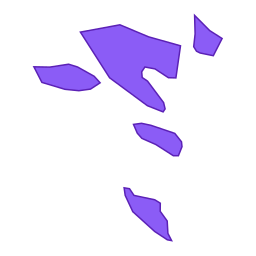 map outline of Faroe Islands (Natural Earth projection)
{"feature_id": "FRO", "entity_name": "Faroe Islands", "entity_type": "country or territory", "adm_level": 0, "iso_a3": "FRO", "parent_name": "Europe", "parent_adm1": "", "projection": "natural_earth1", "projection_center": [-6.816, 61.885], "detail": "fine", "context": "isolated", "style": "filled", "palette": "violet", "viewbox_px": 256, "rotation_deg": 0, "n_neighbors": 0, "source": "natural_earth", "source_scale": "50m", "svg_char_len": 848}
<svg xmlns="http://www.w3.org/2000/svg" viewBox="0 0 256 256"><path d="M180.5,45.8L175.9,77.9L168.4,77.7L155.0,68.9L144.9,67.0L141.7,71.8L142.2,77.5L147.5,81.1L163.6,102.6L165.1,108.9L163.1,111.9L147.4,105.7L109.6,77.8L80.4,32.1L119.9,24.8L148.5,36.8L180.5,45.8ZM77.6,67.0L94.2,76.3L100.1,82.8L90.5,89.1L78.9,90.7L64.9,89.3L41.9,82.4L33.9,66.8L49.8,67.1L68.6,64.2L77.6,67.0ZM167.9,233.4L171.6,240.6L167.3,239.8L154.7,231.5L132.8,211.7L125.2,195.4L124.1,187.8L129.5,188.7L134.0,195.4L154.8,199.8L160.3,203.2L160.2,211.3L167.2,221.0L167.9,233.4ZM182.0,146.7L178.4,155.7L173.3,155.7L155.8,144.5L141.9,138.4L137.3,133.2L133.5,124.4L141.5,123.3L150.9,125.3L174.8,133.4L181.5,141.8L182.0,146.7ZM222.1,38.5L213.3,55.7L200.1,53.0L196.5,51.2L193.7,46.7L195.1,33.9L194.6,15.4L209.7,30.6L222.1,38.5Z" fill="#8b5cf6" stroke="#5b21b6" stroke-width="1.5"/></svg>